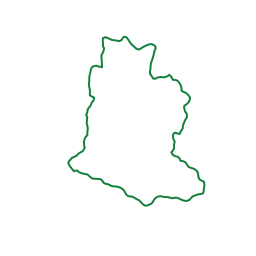 outline of Monte Formoso, Minas Gerais, Brazil, rotated 154°
{"feature_id": "56859067B56618485834346", "entity_name": "Monte Formoso", "entity_type": "district", "adm_level": 2, "iso_a3": "BRA", "parent_name": "Brazil", "parent_adm1": "Minas Gerais", "projection": "robinson", "projection_center": [-41.271, -16.882], "detail": "fine", "context": "isolated", "style": "outline", "palette": "green", "viewbox_px": 256, "rotation_deg": 154, "n_neighbors": 0, "source": "geoboundaries", "source_scale": "gbopen_adm2", "svg_char_len": 2717}
<svg xmlns="http://www.w3.org/2000/svg" viewBox="0 0 256 256"><g transform="rotate(154 128 128)"><path d="M104.6,36.4L102.2,37.3L100.0,38.2L96.1,37.9L93.1,37.4L91.3,36.6L89.4,36.4L88.0,37.5L87.0,39.3L85.5,41.5L84.0,43.8L83.3,46.5L84.8,48.3L86.3,50.6L86.0,53.8L84.9,56.5L85.0,59.7L86.7,62.5L88.8,64.5L90.7,66.5L91.0,69.9L91.6,72.4L93.2,74.1L95.2,75.6L95.0,78.4L96.0,80.4L97.6,81.7L99.4,83.9L99.7,87.0L98.0,87.9L95.5,89.5L94.1,92.7L92.0,95.3L92.0,98.6L91.0,101.4L89.5,103.0L87.6,103.1L86.1,101.5L84.1,100.1L82.3,101.6L80.4,102.8L78.9,103.7L77.7,105.9L75.5,108.1L72.7,110.4L70.2,112.0L68.9,115.0L69.5,117.8L69.0,120.0L68.6,121.9L67.5,123.4L65.1,123.6L62.5,124.4L60.6,125.8L58.9,128.2L59.4,131.3L60.7,134.5L62.8,136.6L63.5,138.5L62.5,140.2L61.9,143.1L62.1,146.3L62.8,148.8L64.5,150.5L66.5,151.7L66.6,155.0L67.6,157.6L70.0,157.3L72.2,157.4L74.2,158.2L76.4,159.6L79.4,160.4L82.0,160.4L83.6,161.3L84.0,164.2L84.4,167.1L83.3,169.5L82.0,171.1L80.6,173.7L79.1,176.1L77.0,178.1L74.9,180.3L73.2,182.2L71.3,184.6L69.5,186.5L68.0,187.6L67.7,189.7L68.6,191.5L70.0,193.0L72.1,193.9L74.7,194.1L77.2,194.2L79.7,194.1L82.2,193.7L84.4,194.0L85.9,195.9L87.1,199.1L88.3,201.9L88.7,204.6L89.1,207.6L89.6,210.2L91.5,211.7L93.4,211.0L95.6,209.8L97.7,209.8L99.4,211.2L101.1,212.4L103.0,213.5L105.1,215.6L106.8,217.9L108.7,219.6L111.2,219.6L112.5,217.4L113.4,214.9L114.5,213.0L114.6,210.1L115.8,208.4L117.6,206.7L119.7,205.4L120.7,203.4L121.9,200.6L123.3,197.1L124.7,194.2L127.3,196.0L129.4,198.0L132.1,198.7L134.3,198.2L136.2,196.2L137.7,194.0L139.2,192.5L140.7,190.3L142.3,187.0L143.7,185.0L144.7,182.6L145.3,180.1L145.8,178.2L147.0,176.1L147.9,174.0L146.6,172.0L145.1,170.1L146.7,168.0L149.5,166.6L151.0,165.3L152.6,164.0L154.4,163.4L156.3,162.1L157.9,159.6L159.9,158.2L159.8,155.9L161.2,153.4L163.1,150.3L163.6,147.8L164.2,145.4L165.5,143.5L166.6,141.6L167.7,139.4L169.6,138.7L171.3,137.6L173.6,135.1L174.9,132.1L175.5,129.4L177.3,127.8L179.0,127.0L181.6,126.9L184.0,126.6L186.2,125.7L189.2,125.7L191.9,125.6L193.8,124.7L195.7,124.1L197.1,122.2L197.0,119.3L196.3,116.0L195.5,112.9L192.5,112.3L191.4,109.8L189.4,107.6L186.9,105.6L184.8,104.0L183.8,101.5L182.5,98.6L180.8,97.2L178.5,96.1L176.7,95.0L174.9,93.9L174.2,91.7L173.8,89.2L172.3,87.4L170.7,86.4L169.4,84.6L167.7,82.6L165.4,81.2L163.7,80.2L161.7,78.5L160.1,76.3L159.0,73.9L158.9,71.9L158.8,69.3L157.9,67.0L156.5,65.7L154.5,64.7L152.9,62.6L151.4,60.3L149.9,58.4L148.9,56.0L148.1,52.9L146.6,50.7L144.9,50.0L142.7,49.8L140.0,49.8L137.9,50.8L135.4,52.5L132.3,53.3L130.1,53.0L128.3,52.3L126.9,51.0L125.4,49.9L123.0,48.8L120.8,47.0L119.5,45.7L117.8,45.1L116.1,44.7L114.5,43.8L113.0,42.2L111.8,40.5L109.8,38.4L107.5,36.8L104.6,36.4Z" fill="none" stroke="#15803d" stroke-width="2"/></g></svg>